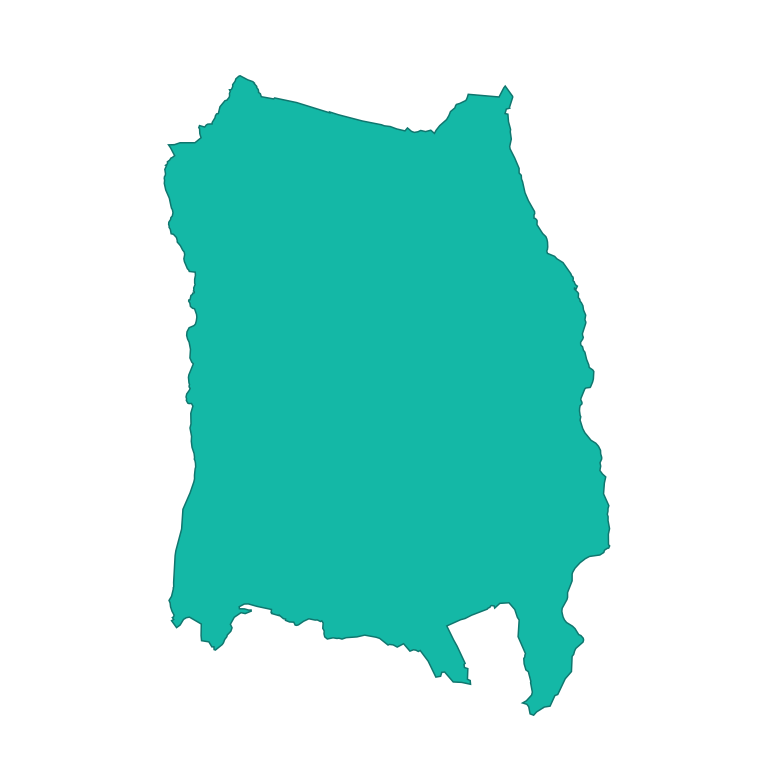 Malureni, Arges, Romania, rotated 187°
{"feature_id": "2599482B85608070722935", "entity_name": "Malureni", "entity_type": "district", "adm_level": 2, "iso_a3": "ROU", "parent_name": "Romania", "parent_adm1": "Arges", "projection": "robinson", "projection_center": [24.772, 45.057], "detail": "fine", "context": "isolated", "style": "filled", "palette": "teal", "viewbox_px": 768, "rotation_deg": 187, "n_neighbors": 0, "source": "geoboundaries", "source_scale": "gbopen_adm2", "svg_char_len": 6152}
<svg xmlns="http://www.w3.org/2000/svg" viewBox="0 0 768 768"><g transform="rotate(187 384 384)"><path d="M624.8,592.6L619.6,585.1L622.0,582.8L622.9,582.4L624.1,580.0L626.1,578.1L625.7,576.9L626.1,575.7L627.4,574.5L626.5,574.2L627.7,570.3L626.5,566.1L626.5,564.1L627.1,563.4L627.2,561.4L626.6,559.5L626.5,556.3L624.3,550.0L619.7,542.2L617.0,534.3L616.3,532.5L615.3,531.3L614.3,528.2L614.6,524.9L615.8,523.2L615.9,521.2L617.3,518.4L617.2,516.1L616.5,514.7L616.4,513.3L614.9,511.4L613.6,507.2L611.2,506.9L607.9,504.1L606.8,501.5L606.5,499.7L603.0,496.5L600.1,492.3L598.4,490.7L597.6,488.1L597.9,483.9L597.0,481.1L593.2,474.5L591.7,473.3L591.0,472.0L585.0,472.0L584.4,468.9L584.7,464.9L584.2,460.9L583.6,459.8L584.6,456.2L584.2,454.3L584.5,453.1L583.6,452.6L583.4,451.5L585.0,450.8L585.0,449.6L586.4,448.4L586.8,444.0L588.0,443.6L588.0,442.5L586.5,440.6L585.6,437.4L583.2,435.8L581.2,435.6L578.5,430.1L577.9,427.4L578.0,423.5L578.5,420.5L579.7,418.8L584.3,416.1L585.9,411.8L585.8,408.2L584.5,404.8L582.5,401.7L580.3,394.8L579.8,386.2L577.5,382.3L575.7,380.8L578.8,369.3L578.9,366.7L577.7,361.3L577.0,360.0L577.2,358.0L576.8,356.9L575.9,356.1L576.4,354.2L578.6,350.1L578.9,347.0L578.1,345.2L578.2,343.6L576.4,341.1L575.2,340.8L572.7,341.2L571.0,338.8L572.2,331.4L570.7,320.8L571.2,316.7L568.6,308.6L568.3,303.7L566.8,297.7L564.0,291.8L563.1,288.1L563.1,286.2L562.3,285.0L561.5,282.6L560.8,278.7L561.1,276.9L561.0,270.4L560.5,266.7L560.8,263.7L563.2,252.3L568.3,235.2L567.2,215.4L570.3,193.0L570.4,188.1L568.6,161.2L568.0,157.2L568.4,155.8L568.1,155.2L569.0,147.4L571.0,143.0L569.6,140.6L568.7,136.8L566.7,132.6L564.2,129.1L564.5,127.2L565.6,126.4L564.0,124.6L566.0,123.2L560.2,116.9L557.0,119.9L554.3,125.9L551.8,127.9L548.7,128.9L536.1,123.5L534.9,112.0L533.8,107.0L526.4,106.7L522.8,102.1L520.8,102.4L520.3,99.7L518.9,99.4L512.8,105.7L511.8,107.6L511.0,110.9L509.2,114.0L509.0,115.7L505.9,119.9L505.1,123.5L507.2,126.8L504.2,134.2L498.1,139.6L493.8,139.2L488.1,142.4L488.4,143.5L490.6,143.1L495.1,143.8L500.1,143.3L500.6,145.3L495.8,148.6L491.9,149.2L482.9,147.8L468.2,146.5L468.2,143.4L467.5,143.3L467.5,142.5L459.9,141.3L459.8,141.8L455.2,138.8L453.0,138.7L453.0,137.4L448.8,136.3L444.5,136.6L442.8,133.9L441.3,133.8L439.6,134.5L434.9,138.7L430.0,141.8L423.5,141.3L421.4,141.7L418.1,140.5L416.9,141.3L415.3,139.4L415.0,134.0L413.3,131.7L413.1,128.7L412.0,125.8L409.2,124.0L403.6,125.9L399.7,125.7L397.7,126.2L394.6,125.7L390.7,127.6L380.0,129.7L372.6,132.4L361.0,131.7L357.3,131.0L348.2,125.4L346.9,126.2L343.1,126.2L338.8,124.5L332.9,128.6L325.7,122.0L322.4,123.8L319.9,123.7L317.3,122.7L315.6,123.9L306.4,114.3L296.8,99.4L292.2,100.8L291.5,104.9L288.7,105.5L279.0,96.7L270.6,97.3L261.5,96.5L262.3,100.2L265.2,101.1L266.1,111.7L269.6,112.4L270.4,115.5L269.4,116.6L279.5,132.7L283.6,138.3L292.2,151.5L279.2,159.4L275.0,161.1L268.9,165.2L254.1,173.1L253.2,174.4L251.7,175.2L251.1,176.7L250.4,177.2L247.7,177.2L246.8,175.1L242.3,180.4L233.3,182.1L226.7,176.1L223.2,168.7L221.1,166.2L220.1,149.5L210.7,133.6L211.1,132.1L211.0,130.3L211.8,128.6L210.8,123.3L208.3,117.5L205.7,116.1L202.0,106.7L202.1,105.4L199.2,96.2L199.6,93.2L204.1,86.9L207.6,84.3L203.1,83.5L201.0,81.2L198.8,74.4L195.1,73.5L192.6,77.1L185.5,82.9L179.9,84.5L176.4,95.6L173.7,97.0L168.2,113.5L162.9,121.4L164.1,136.6L162.8,138.7L162.3,142.2L161.4,144.9L155.0,152.1L154.7,154.3L155.3,156.0L157.9,158.3L160.2,159.0L164.6,164.5L167.4,166.6L173.7,169.5L176.1,171.8L177.9,174.7L179.2,178.2L179.8,180.2L179.8,183.2L176.1,192.4L175.8,194.7L176.4,199.4L173.3,211.5L174.1,218.3L173.8,220.1L172.0,224.4L167.7,230.4L163.0,235.1L159.0,237.9L148.9,240.6L145.3,243.6L144.9,245.9L142.2,248.2L141.0,248.5L140.3,250.8L141.6,251.9L143.0,262.3L142.5,267.9L145.0,275.8L145.4,279.6L146.5,281.9L146.2,285.1L146.5,287.6L146.0,290.6L152.7,301.7L153.2,312.6L152.6,318.8L156.2,321.3L159.2,324.5L158.9,328.9L160.0,332.1L158.8,336.1L159.0,337.8L160.4,341.0L161.0,344.5L163.5,348.3L166.5,351.0L171.7,353.4L178.7,360.1L181.3,363.9L185.0,372.1L184.7,375.5L185.5,376.7L186.7,381.2L186.9,384.1L186.7,386.4L185.1,388.4L185.3,390.0L186.8,392.3L186.7,394.0L184.1,403.6L183.0,404.7L179.0,405.7L178.6,406.4L177.2,411.4L176.8,414.5L177.3,422.0L178.5,423.4L182.3,425.4L183.1,428.0L185.9,433.1L188.5,440.1L190.2,441.8L191.5,445.2L193.2,446.4L193.7,447.7L193.9,449.5L192.2,452.9L191.9,454.7L192.8,456.4L193.2,458.2L191.2,468.7L191.2,470.0L192.4,472.3L192.2,476.9L195.0,481.8L196.1,485.9L198.2,489.0L199.3,489.8L200.1,492.0L201.7,493.5L202.0,497.5L202.8,498.5L206.6,501.4L206.6,502.4L204.9,501.7L204.0,504.7L205.3,505.3L206.7,506.7L207.8,508.8L209.0,509.5L209.0,511.8L209.5,513.2L210.9,514.2L212.0,516.2L221.1,526.3L227.6,529.3L230.2,531.5L237.7,533.6L238.7,535.9L238.2,537.4L238.2,540.0L239.0,544.8L240.0,547.7L241.3,550.0L244.9,552.7L251.6,560.8L251.9,564.6L252.7,565.8L254.3,566.8L255.3,566.9L255.7,570.1L255.2,571.4L255.6,573.5L263.0,583.5L267.4,591.1L271.1,601.6L272.5,604.2L273.2,607.9L275.6,609.9L276.2,614.5L281.8,624.2L287.5,632.7L288.2,635.1L287.5,642.6L289.4,649.7L289.4,652.1L292.4,659.5L293.9,666.9L296.8,667.2L296.1,671.8L292.8,673.1L293.2,673.7L291.2,684.3L291.4,685.2L300.0,694.5L301.2,692.5L304.8,682.9L335.7,681.8L336.2,678.8L336.9,676.2L337.6,675.2L343.0,671.7L346.2,670.3L346.9,668.8L347.3,666.7L351.2,662.5L352.3,658.3L354.1,654.1L360.2,647.2L363.2,642.2L364.5,638.9L368.5,641.6L373.5,639.6L378.5,640.1L381.0,638.5L384.6,637.4L387.5,638.1L391.9,641.0L394.0,637.8L402.4,638.7L409.2,640.3L415.2,640.3L418.0,641.0L437.4,642.4L462.1,645.7L471.1,647.4L470.8,646.5L505.0,652.7L527.4,654.6L528.3,653.5L540.8,654.2L542.1,657.0L544.1,658.2L544.1,659.2L544.8,661.0L546.6,662.9L546.6,663.9L549.4,666.3L549.2,666.8L551.0,668.1L556.3,669.3L564.4,672.4L565.6,671.8L568.2,668.9L568.7,666.3L570.7,662.7L570.4,660.9L571.1,658.3L571.6,657.5L573.2,657.2L572.2,655.7L572.8,653.6L572.4,651.3L572.6,649.7L574.6,646.5L576.4,645.8L580.6,639.2L581.4,632.2L583.1,631.7L584.0,629.7L584.2,627.6L586.4,622.7L586.3,621.2L590.5,620.5L591.9,619.5L593.3,617.2L598.6,618.0L599.1,615.8L598.2,615.0L597.3,610.0L595.6,606.1L601.1,600.4L615.8,598.6L621.2,596.0L627.0,595.1L624.8,592.6Z" fill="#14b8a6" stroke="#0f766e" stroke-width="1.5"/></g></svg>